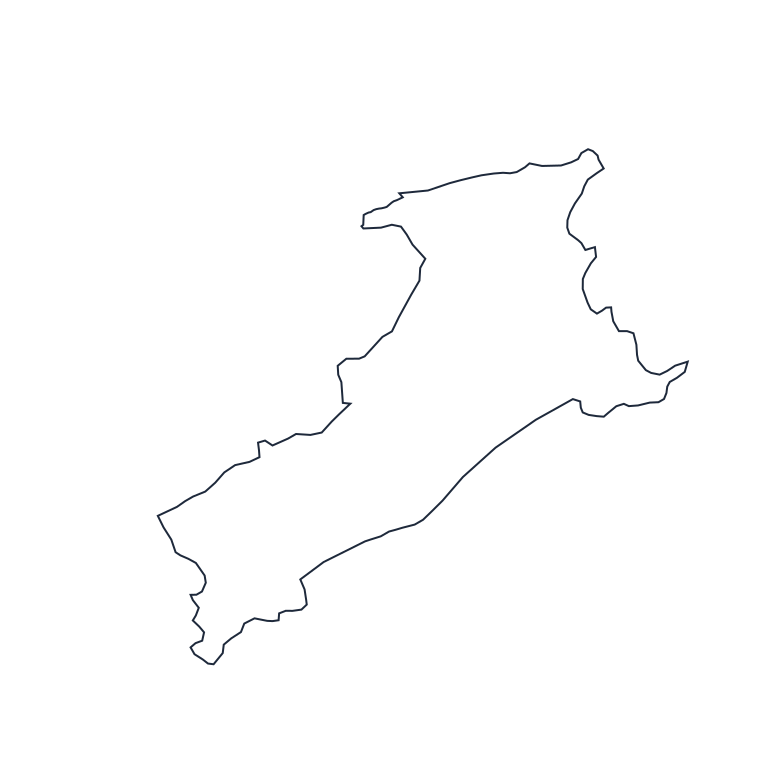 Barat Daya, Pulau Pinang, Malaysia (Robinson projection), rotated 240°
{"feature_id": "92858781B94521596565323", "entity_name": "Barat Daya", "entity_type": "district", "adm_level": 2, "iso_a3": "MYS", "parent_name": "Malaysia", "parent_adm1": "Pulau Pinang", "projection": "robinson", "projection_center": [100.233, 5.367], "detail": "fine", "context": "isolated", "style": "outline", "palette": "slate", "viewbox_px": 768, "rotation_deg": 240, "n_neighbors": 0, "source": "geoboundaries", "source_scale": "gbopen_adm2", "svg_char_len": 2499}
<svg xmlns="http://www.w3.org/2000/svg" viewBox="0 0 768 768"><g transform="rotate(240 384 384)"><path d="M541.5,492.6L536.3,493.6L536.8,487.0L537.4,483.8L537.2,481.2L536.0,474.9L536.5,472.7L537.4,469.7L538.4,467.4L539.3,464.7L539.8,462.0L539.5,458.4L540.2,456.4L540.5,453.0L540.5,450.9L532.2,445.6L531.9,443.4L529.0,443.9L520.9,459.6L518.0,470.4L511.8,477.4L502.0,478.4L490.4,478.4L471.8,482.4L466.4,473.4L455.8,466.4L447.8,452.3L434.4,430.2L425.6,417.2L425.6,406.2L417.6,381.1L418.4,375.1L424.7,364.0L422.9,353.0L414.9,349.0L406.9,348.0L388.2,338.9L383.8,345.0L380.2,329.9L377.6,319.9L373.1,305.8L376.7,294.8L384.7,282.8L384.7,273.7L386.5,256.7L394.5,252.7L396.2,245.6L389.1,242.6L382.9,239.6L383.8,228.6L388.2,214.5L387.3,201.5L382.9,188.5L380.2,175.4L382.0,162.4L382.0,153.3L381.1,143.3L382.9,122.2L370.3,121.4L369.7,121.4L355.6,122.0L342.5,119.4L337.4,122.0L330.5,127.1L323.1,131.6L307.8,132.9L301.0,130.3L295.3,122.6L295.3,116.2L298.1,111.1L292.4,110.4L282.8,111.7L277.6,105.3L274.8,100.2L266.3,102.7L258.9,104.0L252.6,98.2L253.8,91.2L252.6,84.8L244.7,84.8L236.1,89.3L229.9,91.8L226.5,96.3L231.6,109.8L238.4,114.9L240.1,124.6L240.7,136.1L246.4,143.2L245.8,154.7L237.3,164.4L234.4,168.9L232.1,174.6L237.8,178.5L236.7,185.6L233.3,191.3L229.9,199.7L231.6,206.8L236.1,208.7L245.8,212.5L256.6,213.8L260.0,242.7L257.7,280.6L257.2,288.9L256.0,294.7L253.7,305.0L253.7,314.6L252.0,321.0L250.3,328.1L246.9,340.3L246.9,349.9L249.8,361.5L253.7,376.3L264.0,405.8L273.1,448.8L277.1,497.6L276.5,540.0L270.8,545.2L265.1,542.6L260.0,541.9L254.9,545.8L249.8,552.2L245.8,558.0L246.9,563.8L248.6,574.1L246.9,581.8L242.4,585.0L238.4,593.3L235.0,604.9L231.0,612.6L231.0,619.0L235.0,624.1L240.1,628.0L242.9,632.5L242.9,640.8L244.1,650.5L251.5,658.2L254.3,645.3L253.7,635.7L254.3,627.4L260.0,620.9L265.1,617.7L277.1,615.8L282.7,617.7L291.8,622.2L303.2,625.4L308.3,620.9L312.3,613.9L323.7,613.9L332.8,617.1L336.8,619.0L339.1,614.5L338.5,609.4L338.5,603.6L345.3,600.4L352.7,601.0L366.9,603.6L375.5,608.7L379.5,613.9L385.1,623.5L388.0,631.2L397.1,635.1L399.4,625.4L407.3,625.4L411.3,624.1L421.5,619.7L427.8,620.9L434.1,624.8L439.7,631.2L444.9,639.6L450.0,650.5L455.1,656.3L459.1,662.7L460.2,673.6L460.8,682.0L471.0,682.0L475.0,683.2L481.3,681.3L485.3,678.1L485.3,670.4L481.8,664.6L482.4,656.9L484.7,646.6L493.8,629.9L502.3,620.3L501.2,614.5L501.2,604.9L503.5,598.5L507.4,592.7L511.4,584.3L516.0,572.8L518.8,563.8L522.2,552.2L525.1,541.3L529.6,518.8L541.5,492.6Z" fill="none" stroke="#1e293b" stroke-width="2"/></g></svg>